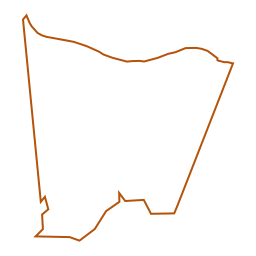 outline of Bracken, Kentucky, United States of America
{"feature_id": "52423323B34365649324195", "entity_name": "Bracken", "entity_type": "district", "adm_level": 2, "iso_a3": "USA", "parent_name": "United States of America", "parent_adm1": "Kentucky", "projection": "orthographic", "projection_center": [-84.084, 38.689], "detail": "fine", "context": "isolated", "style": "outline", "palette": "amber", "viewbox_px": 256, "rotation_deg": 0, "n_neighbors": 0, "source": "geoboundaries", "source_scale": "gbopen_adm2", "svg_char_len": 674}
<svg xmlns="http://www.w3.org/2000/svg" viewBox="0 0 256 256"><path d="M42.1,214.5L42.9,229.1L35.6,236.4L69.6,237.1L79.5,240.6L94.8,229.0L106.1,211.1L119.4,201.8L119.2,193.0L125.2,201.0L143.8,199.9L151.0,213.8L174.2,213.4L177.7,205.0L233.0,63.4L232.9,63.4L227.3,62.1L224.6,62.2L218.4,60.7L217.4,60.1L217.4,58.2L207.6,50.9L201.6,48.8L196.1,47.9L185.6,48.1L175.1,52.3L168.3,53.8L157.6,57.9L144.1,61.5L139.5,60.9L138.9,60.9L132.1,61.1L127.0,61.6L112.5,57.8L103.4,54.5L99.1,51.7L86.8,46.2L73.6,41.8L46.8,36.9L42.2,35.5L37.6,33.0L31.8,26.5L29.8,23.3L26.7,16.1L26.5,15.4L23.0,19.5L40.8,201.8L44.9,196.8L48.3,209.3L42.1,214.5Z" fill="none" stroke="#b45309" stroke-width="2"/></svg>